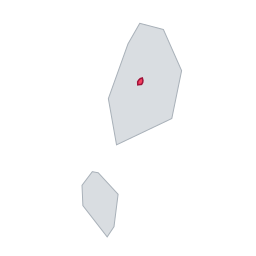 Malta, with Balzan highlighted, rotated 245°
{"feature_id": "MLT-5930", "entity_name": "Balzan", "entity_type": "state/province", "adm_level": 1, "iso_a3": "MLT", "parent_name": "Malta", "parent_adm1": "", "projection": "albers", "projection_center": [14.452, 35.895], "detail": "fine", "context": "in_parent", "style": "filled", "palette": "rose", "viewbox_px": 256, "rotation_deg": 245, "n_neighbors": 0, "source": "natural_earth", "source_scale": "10m", "svg_char_len": 521}
<svg xmlns="http://www.w3.org/2000/svg" viewBox="0 0 256 256"><g transform="rotate(245 128 128)"><path d="M217.9,182.9L202.3,201.7L157.3,200.8L118.1,171.7L117.6,110.5L162.9,122.6L204.3,163.6L217.9,182.9ZM100.0,82.1L72.1,91.0L44.5,73.6L38.1,63.1L76.7,54.3L95.5,62.1L103.5,77.2L100.0,82.1Z" fill="#d9dde1" stroke="#a8b0b8" stroke-width="1"/><path d="M163.0,155.1L165.8,156.3L166.9,158.0L167.6,160.0L167.3,162.1L164.7,161.6L163.0,160.5L161.8,158.7L163.0,155.1Z" fill="#f43f5e" stroke="#9f1239" stroke-width="1.5"/></g></svg>